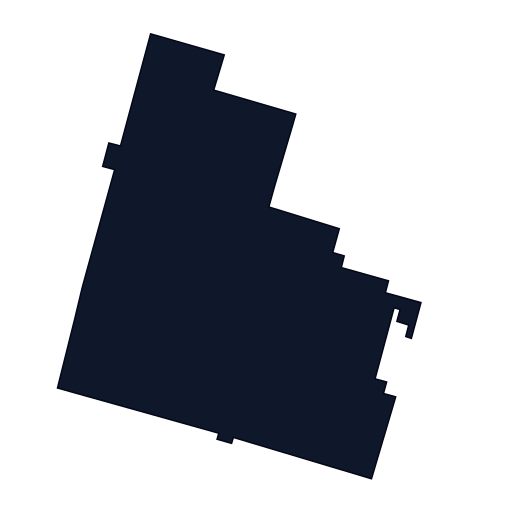 the district of Clay, Alabama, United States of America, rotated 105°
{"feature_id": "52423323B11039676247957", "entity_name": "Clay", "entity_type": "district", "adm_level": 2, "iso_a3": "USA", "parent_name": "United States of America", "parent_adm1": "Alabama", "projection": "albers", "projection_center": [-85.88, 33.295], "detail": "fine", "context": "isolated", "style": "filled", "palette": "ink", "viewbox_px": 512, "rotation_deg": 105, "n_neighbors": 0, "source": "geoboundaries", "source_scale": "gbopen_adm2", "svg_char_len": 604}
<svg xmlns="http://www.w3.org/2000/svg" viewBox="0 0 512 512"><g transform="rotate(105 256 256)"><path d="M441.3,86.8L355.9,84.6L355.8,97.3L343.9,97.2L343.8,109.2L270.3,109.2L270.4,103.0L282.7,103.0L283.2,90.6L295.0,90.5L295.4,84.6L258.3,84.6L258.0,121.5L245.7,121.6L245.1,170.6L233.1,170.8L232.8,182.8L208.1,182.6L205.3,256.3L183.4,256.1L120.8,254.5L108.6,254.3L106.7,339.8L70.0,338.7L68.7,415.3L184.8,415.4L184.9,427.4L209.2,427.3L209.1,414.9L330.8,415.7L364.6,414.8L434.9,413.6L436.8,246.1L443.1,246.2L443.3,231.1L437.1,230.9L441.3,86.8Z" fill="#0f172a" stroke="#020617" stroke-width="1.5"/></g></svg>